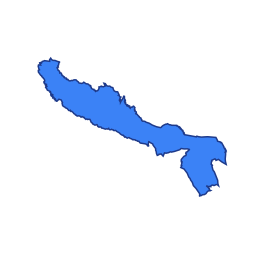 Jalacingo, Veracruz, Mexico (Natural Earth projection), rotated 288°
{"feature_id": "50627088B88216282065505", "entity_name": "Jalacingo", "entity_type": "district", "adm_level": 2, "iso_a3": "MEX", "parent_name": "Mexico", "parent_adm1": "Veracruz", "projection": "natural_earth1", "projection_center": [-97.294, 19.774], "detail": "fine", "context": "isolated", "style": "filled", "palette": "blue", "viewbox_px": 256, "rotation_deg": 288, "n_neighbors": 0, "source": "geoboundaries", "source_scale": "gbopen_adm2", "svg_char_len": 5926}
<svg xmlns="http://www.w3.org/2000/svg" viewBox="0 0 256 256"><g transform="rotate(288 128 128)"><path d="M127.9,62.2L127.7,64.2L126.4,66.2L126.5,67.5L126.9,67.7L126.1,68.5L126.5,69.2L125.8,71.0L125.0,72.0L124.7,73.4L124.1,74.1L124.2,75.0L123.7,75.6L123.8,76.5L124.5,77.5L124.3,79.2L123.8,79.9L124.1,80.5L124.7,80.8L124.6,81.8L124.2,82.3L124.5,83.0L123.8,83.8L123.2,85.2L123.5,85.4L123.9,86.2L123.6,86.9L124.3,88.2L124.4,89.2L122.0,91.3L121.7,92.4L120.8,93.5L120.9,94.0L120.5,95.3L120.8,96.3L121.6,97.3L121.4,97.8L120.2,98.7L119.9,99.8L120.1,99.9L119.9,100.3L120.4,101.2L120.5,101.9L120.5,102.3L119.8,102.9L120.0,104.3L119.9,106.8L120.7,108.1L120.6,108.7L121.0,109.3L121.6,109.7L121.0,110.1L120.7,111.3L121.2,112.4L121.7,112.8L121.5,114.1L121.7,114.4L121.2,115.2L121.4,116.0L121.8,116.6L121.8,117.2L121.3,118.2L120.7,121.3L119.9,122.7L119.4,124.7L119.7,125.5L119.4,125.8L119.4,126.4L118.8,126.8L118.3,127.8L118.8,128.2L118.1,130.4L119.0,131.4L119.2,132.1L118.7,133.4L118.8,134.8L118.3,135.8L118.4,136.6L118.7,136.8L118.9,138.6L118.6,139.0L118.7,140.8L118.4,141.3L118.7,142.6L117.8,143.6L117.5,144.4L118.3,149.7L118.0,151.2L117.1,152.1L117.1,152.8L117.3,153.1L117.5,153.1L118.8,152.2L121.4,152.0L121.4,152.5L120.9,154.0L120.5,156.4L119.4,157.2L116.9,160.7L115.5,161.1L114.3,162.1L112.5,163.0L111.0,164.3L112.0,165.5L112.7,165.6L113.1,166.8L113.6,167.4L112.1,170.1L115.6,170.4L115.8,172.0L117.0,174.1L118.3,175.5L118.5,175.9L118.5,176.7L120.0,179.3L123.3,183.9L124.9,184.8L125.5,188.1L126.5,190.8L126.6,193.0L126.8,193.4L125.4,192.4L123.8,191.8L123.0,190.8L121.8,190.7L121.3,191.5L119.9,191.6L119.6,191.5L119.6,191.0L118.7,190.5L118.3,189.9L114.6,188.4L112.9,188.8L112.8,189.6L112.0,189.5L111.8,190.0L108.8,190.2L108.7,190.8L106.7,190.4L106.3,194.0L103.3,198.3L100.1,201.0L99.1,202.7L97.9,203.6L96.1,206.0L93.4,208.0L91.5,211.4L87.5,216.6L87.0,217.0L86.4,216.7L85.5,217.1L86.5,218.7L87.5,219.4L88.3,221.2L89.8,222.5L91.2,222.8L92.7,223.6L93.5,224.5L93.5,225.3L94.1,225.9L94.1,224.8L94.6,224.6L95.3,223.7L95.6,223.9L97.0,220.9L97.3,221.0L97.0,221.7L97.4,221.8L97.0,221.8L97.6,224.1L97.7,223.9L98.2,224.2L98.6,225.0L99.4,225.3L100.0,226.4L99.8,227.3L100.2,228.1L101.3,229.1L101.6,229.9L101.7,230.4L101.1,231.9L102.8,230.7L106.0,229.4L112.9,223.7L114.4,221.7L117.8,219.6L118.6,219.8L118.8,219.4L118.4,219.4L118.9,219.1L119.2,218.3L121.8,217.8L122.4,218.1L123.1,217.6L125.5,220.2L125.2,221.0L124.4,221.7L126.1,223.7L124.7,227.8L123.7,232.6L126.5,230.9L128.7,230.0L133.1,229.0L134.2,228.6L134.9,227.8L135.7,228.7L136.4,227.8L136.9,228.2L138.5,226.6L138.1,226.3L139.7,224.8L139.9,224.9L143.1,221.4L142.7,220.5L143.3,220.0L143.1,217.3L144.4,216.4L146.2,214.5L144.3,206.4L142.0,200.5L141.5,197.6L141.5,196.0L140.7,195.7L139.1,183.8L139.8,182.7L140.3,183.1L140.9,182.2L141.1,182.4L142.4,180.0L142.3,180.6L142.7,180.8L143.3,178.4L143.7,178.6L144.0,177.2L144.4,177.4L144.5,176.2L145.0,176.4L145.1,173.9L145.5,173.9L145.6,173.7L144.0,168.4L144.2,167.9L143.9,166.3L144.3,164.2L143.4,163.3L143.3,162.7L141.7,161.0L140.6,160.1L138.8,159.3L138.4,158.7L138.0,154.8L138.3,150.2L139.1,146.7L139.1,143.5L139.5,142.1L139.4,141.0L139.0,139.7L139.4,138.7L140.2,138.5L140.8,137.5L141.4,137.3L141.7,135.6L142.3,135.2L142.3,134.8L142.8,134.2L143.0,133.5L143.8,132.6L143.9,131.1L144.1,130.9L144.8,131.3L145.8,130.9L146.4,129.4L146.8,129.3L146.5,129.0L147.9,128.3L149.5,128.3L150.5,126.6L150.2,126.1L149.3,125.8L148.8,124.8L148.9,124.4L147.5,124.0L148.7,122.5L148.5,122.3L148.8,121.9L149.4,122.4L149.6,121.6L148.6,120.5L149.0,119.8L149.9,120.0L150.0,118.5L150.3,117.9L151.1,118.0L151.2,117.3L151.9,117.4L152.0,116.6L153.0,116.9L153.1,116.5L153.7,116.8L154.3,116.0L155.5,115.2L156.1,115.2L157.0,114.8L156.9,114.1L155.0,114.0L153.8,113.7L153.3,113.9L152.5,113.4L152.2,112.9L151.8,112.9L151.5,113.1L150.1,112.9L151.4,112.4L151.1,111.8L151.5,111.4L152.6,112.3L152.8,111.1L155.2,111.7L155.2,110.3L156.6,109.4L156.4,108.9L157.0,109.1L159.2,107.0L159.1,106.2L158.7,105.3L159.0,103.5L159.9,102.4L161.7,101.1L161.6,99.2L162.1,98.2L162.2,97.6L161.6,96.2L161.6,95.1L161.7,94.6L163.2,92.7L163.1,91.3L160.9,93.3L159.5,91.7L159.5,90.4L159.2,90.0L159.5,89.6L158.2,88.2L158.0,87.7L157.0,88.2L155.3,88.0L154.1,87.6L153.3,86.3L152.7,85.8L152.9,85.5L153.6,85.4L153.7,84.9L153.5,84.3L153.6,83.9L154.2,83.7L154.0,82.3L154.4,81.0L155.2,80.6L156.0,79.3L156.5,79.6L156.8,79.1L156.8,78.0L157.5,76.3L157.1,74.5L157.9,71.8L156.8,71.2L156.1,70.3L155.7,67.8L155.8,67.2L156.5,66.6L156.7,65.6L157.7,63.8L157.4,62.5L156.8,61.3L156.0,60.7L155.8,59.6L154.9,58.4L154.7,57.4L155.6,55.8L155.2,55.5L155.3,54.4L156.0,54.4L156.4,53.9L156.1,52.3L156.2,51.8L156.8,51.8L157.0,51.5L156.9,51.0L157.3,50.6L157.5,49.2L157.9,49.2L158.3,48.3L158.8,48.2L159.6,47.4L159.6,46.8L159.2,46.1L160.7,45.4L161.0,45.0L161.2,43.8L162.2,43.1L163.4,41.9L164.0,42.1L164.0,42.4L164.4,42.9L165.6,42.1L166.5,42.5L168.2,42.2L169.5,42.5L169.7,41.9L169.5,40.8L169.7,37.8L169.1,35.5L169.5,34.2L170.5,32.9L169.2,32.6L169.0,32.3L167.2,32.9L166.2,27.6L165.8,27.4L164.8,25.9L164.1,25.8L163.5,25.0L162.9,25.5L162.7,25.2L162.9,24.4L162.8,24.1L162.4,24.5L162.2,24.2L160.9,25.5L160.3,23.4L159.0,23.5L156.6,25.0L156.0,25.8L155.1,24.9L153.5,25.5L151.2,28.6L150.9,29.8L150.5,29.9L149.9,30.8L149.7,31.6L149.4,31.7L148.7,33.0L147.7,34.0L146.8,34.3L146.2,33.8L145.8,34.2L145.3,34.0L145.0,34.1L144.8,34.9L144.3,35.1L144.3,37.6L143.6,36.1L143.2,36.3L143.3,37.2L142.4,38.0L142.2,37.7L142.1,37.1L141.3,37.0L140.0,38.8L139.1,39.6L138.7,42.9L138.5,43.1L137.9,42.8L137.4,43.9L136.3,44.1L136.6,45.2L136.2,46.4L135.1,45.9L135.2,45.3L135.0,44.9L134.8,45.1L134.6,46.1L134.2,46.6L134.5,47.2L134.4,47.7L134.0,48.0L133.7,47.3L133.3,47.2L133.2,47.4L133.8,48.3L133.5,48.6L133.3,49.5L133.2,49.7L132.5,49.4L132.5,50.2L131.7,50.4L132.0,51.0L131.4,51.6L131.6,52.2L134.0,53.4L134.0,55.8L132.8,57.0L132.4,57.1L132.0,57.8L130.7,57.8L130.2,58.4L129.5,58.6L128.9,59.2L128.4,60.8L128.4,61.5L127.9,62.2Z" fill="#3b82f6" stroke="#1e3a8a" stroke-width="1.5"/></g></svg>